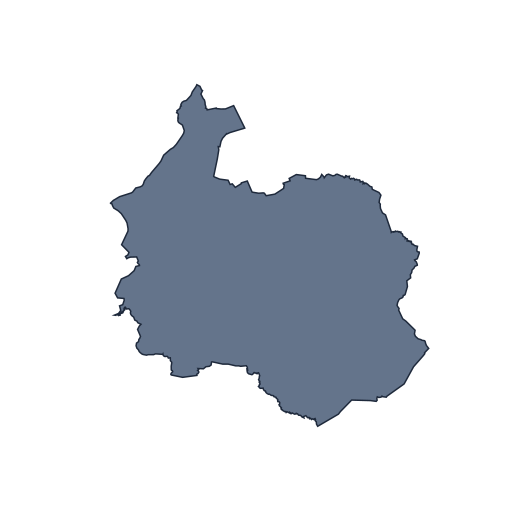 Kalsnavas pag., Madona, Latvia, rotated 158°
{"feature_id": "27541924B10280579441217", "entity_name": "Kalsnavas pag.", "entity_type": "district", "adm_level": 2, "iso_a3": "LVA", "parent_name": "Latvia", "parent_adm1": "Madona", "projection": "orthographic", "projection_center": [25.941, 56.721], "detail": "fine", "context": "isolated", "style": "filled", "palette": "slate", "viewbox_px": 512, "rotation_deg": 158, "n_neighbors": 0, "source": "geoboundaries", "source_scale": "gbopen_adm2", "svg_char_len": 6117}
<svg xmlns="http://www.w3.org/2000/svg" viewBox="0 0 512 512"><g transform="rotate(158 256 256)"><path d="M125.8,281.1L126.5,281.8L126.8,282.5L128.3,282.4L128.3,283.2L129.6,282.9L128.9,284.7L129.0,285.2L131.6,285.6L131.3,287.3L131.6,287.8L133.6,288.6L133.9,289.4L135.9,289.5L135.7,290.3L136.4,291.5L137.5,291.5L138.4,292.2L139.4,291.8L140.3,293.5L139.4,295.0L141.7,295.4L141.9,296.2L142.6,296.9L143.7,296.2L143.5,295.5L144.9,295.4L145.8,297.6L146.6,297.9L150.0,301.4L151.2,301.7L152.6,301.2L154.7,301.5L158.1,304.7L160.3,304.8L163.4,303.0L163.3,303.7L164.5,307.0L166.8,304.9L169.3,304.1L171.3,304.1L180.9,309.5L180.1,311.9L188.1,316.4L196.2,315.5L196.2,312.9L203.6,313.3L203.7,312.3L203.1,311.5L205.1,308.3L215.3,306.3L224.0,308.1L224.7,311.1L225.6,311.8L230.0,313.2L235.7,316.7L236.0,328.8L242.2,329.3L242.6,328.6L249.5,327.4L251.0,331.8L253.2,332.0L253.5,336.7L260.9,340.9L265.0,344.9L265.4,345.7L255.5,360.5L250.7,368.4L250.0,371.6L248.6,370.8L245.5,375.4L242.9,377.7L237.7,380.3L237.7,380.0L233.9,380.2L218.5,378.8L218.5,379.1L220.4,403.8L229.2,403.8L233.4,405.4L237.8,407.7L237.6,408.1L246.6,409.8L246.4,411.2L247.4,412.0L246.6,413.1L246.4,415.5L245.7,417.6L245.4,420.0L246.0,421.7L246.4,426.8L243.6,429.4L244.2,430.3L244.4,434.3L246.7,437.0L248.0,435.7L253.6,432.0L256.2,429.2L262.3,426.3L264.9,426.6L266.9,426.2L268.7,424.8L269.0,424.4L269.1,423.1L269.9,423.2L271.3,421.3L274.9,420.3L275.1,419.2L275.9,418.6L275.1,417.6L274.9,416.5L276.8,413.1L276.4,412.8L277.5,411.4L277.8,410.4L277.8,409.2L277.4,408.2L275.2,405.0L275.5,399.2L277.0,397.0L279.1,395.3L288.0,389.4L292.0,387.5L295.4,387.0L303.8,384.1L308.5,379.7L311.0,378.1L321.5,372.6L324.6,370.6L326.2,370.5L329.3,368.8L331.4,367.4L333.8,364.6L335.6,363.6L337.6,363.5L342.0,364.1L346.4,361.5L347.8,361.2L360.2,362.1L367.4,361.0L371.1,359.5L371.0,359.1L370.0,358.2L370.2,356.5L369.9,353.7L366.8,349.5L365.0,345.7L363.4,337.9L363.2,334.9L364.4,329.2L365.4,327.0L376.4,316.8L372.4,307.0L374.4,305.0L377.2,304.5L376.8,301.9L375.1,302.2L372.8,302.0L367.0,299.8L367.0,295.4L368.4,294.5L368.2,293.2L367.4,291.7L367.6,290.8L371.3,291.3L374.4,288.1L381.5,285.5L389.5,285.1L400.6,274.3L400.0,269.0L394.3,266.1L394.8,264.3L397.8,260.8L401.2,260.9L401.8,256.2L405.0,254.2L409.4,254.2L408.2,253.5L407.8,254.0L406.3,253.4L405.9,252.5L405.3,253.0L404.7,252.1L404.2,252.0L403.9,252.2L404.5,253.2L403.0,253.6L402.2,253.3L402.1,253.9L400.9,253.2L400.3,253.7L400.7,254.3L399.7,254.2L399.3,255.1L398.2,255.1L398.0,255.5L398.2,256.2L397.0,255.9L396.6,256.3L397.2,256.7L397.4,257.3L397.0,257.6L396.3,257.5L396.0,255.4L393.7,254.8L393.1,253.4L392.8,251.7L393.8,250.2L393.9,248.9L393.6,247.4L392.3,245.1L392.4,242.0L390.8,240.2L390.6,238.4L388.2,235.8L390.5,234.7L393.3,232.3L393.2,224.7L394.7,223.2L395.8,222.6L397.0,220.6L399.4,220.0L400.8,217.7L401.0,215.2L400.2,213.2L400.1,211.2L399.6,209.9L398.5,207.9L397.6,207.0L394.7,205.1L392.9,204.9L387.9,202.9L385.8,202.9L379.2,199.7L379.0,199.9L379.2,198.6L378.8,197.6L378.1,196.9L376.0,196.3L375.6,195.6L375.5,194.2L373.6,193.7L374.6,191.0L374.0,189.3L374.1,188.6L375.9,185.6L377.2,182.2L377.2,181.8L376.5,181.0L376.6,179.9L378.7,179.0L379.3,178.1L379.1,177.4L369.5,171.0L355.5,167.4L355.3,168.3L354.6,168.8L353.9,168.7L352.5,169.7L352.4,170.6L353.0,171.8L351.7,172.2L351.9,173.4L347.0,171.1L343.9,172.1L340.6,171.2L338.5,171.7L336.9,174.4L336.1,174.2L327.3,168.2L322.3,166.2L315.9,161.7L313.1,160.6L311.6,159.5L306.1,157.9L305.8,156.3L305.9,155.3L306.8,154.9L306.9,154.5L306.3,154.1L306.6,153.0L307.3,153.0L307.6,151.0L306.9,149.5L304.3,147.5L303.5,147.5L301.5,148.7L301.2,148.6L300.8,147.8L299.8,147.7L299.7,146.9L298.9,146.4L298.0,147.0L297.5,146.9L297.3,146.3L297.4,143.5L298.0,143.1L299.0,141.2L299.9,140.5L299.8,139.0L299.4,138.5L299.7,137.7L300.3,137.7L300.1,136.2L300.4,135.6L301.0,135.5L301.5,134.7L302.6,134.1L302.2,133.3L302.1,132.4L301.4,131.6L298.9,130.8L299.1,129.9L298.9,128.4L298.6,127.8L297.8,127.3L297.9,125.7L297.2,124.3L296.2,123.1L295.2,122.8L294.1,121.1L292.3,120.1L292.0,119.7L292.1,118.9L290.3,117.4L290.5,116.5L289.6,115.0L289.7,114.2L290.2,113.7L290.3,112.8L289.1,112.1L288.9,111.3L289.6,109.7L290.3,109.6L290.4,108.2L289.8,107.4L289.7,106.5L289.3,105.8L290.1,104.9L289.8,104.4L289.8,103.9L289.3,103.7L288.9,102.5L287.6,100.9L286.8,100.7L286.7,99.6L285.6,100.0L284.3,98.5L283.6,98.6L283.8,98.0L283.1,97.1L282.7,97.5L282.2,96.6L281.2,96.9L279.6,95.0L279.0,94.7L277.7,95.1L277.4,94.3L276.6,94.2L276.2,92.5L274.3,91.5L273.7,89.6L272.2,88.0L272.1,88.8L272.3,89.3L269.6,89.3L268.8,87.0L268.4,86.5L267.3,86.5L266.8,85.7L267.2,85.6L267.3,85.0L266.1,84.9L265.8,83.6L264.5,83.8L263.6,82.7L263.0,83.2L262.1,83.2L262.1,82.0L262.7,81.6L262.7,80.8L262.2,79.8L262.9,77.4L262.6,75.0L238.8,78.5L236.1,80.1L221.3,86.6L204.1,79.1L199.0,76.2L197.7,76.9L197.4,78.6L196.3,80.0L195.1,78.8L192.9,78.3L191.7,78.9L191.4,78.2L188.1,76.3L187.0,77.0L166.6,81.9L151.4,94.3L138.1,101.0L136.1,102.2L136.0,103.1L130.5,105.6L131.5,109.1L131.5,111.3L131.2,113.3L131.4,114.3L133.8,115.8L134.4,116.7L136.7,118.5L138.3,121.9L138.3,124.4L136.3,127.6L141.5,139.6L143.5,142.8L144.0,152.3L143.0,153.8L143.6,156.1L143.7,157.4L142.1,159.8L140.1,161.7L138.9,162.4L136.1,162.5L135.0,163.0L134.2,164.3L132.8,164.1L132.1,164.5L127.0,171.0L125.5,176.5L120.8,177.8L119.9,180.9L117.9,182.3L116.5,184.6L114.2,185.5L112.6,186.9L109.9,187.0L109.6,188.0L109.6,190.5L110.5,192.4L110.5,193.0L107.5,193.0L103.7,197.3L103.2,198.5L104.7,199.5L104.9,200.1L104.6,201.5L102.6,204.5L105.0,206.2L105.7,207.5L106.4,208.0L106.2,208.3L107.0,208.7L106.9,209.8L107.2,210.3L106.6,210.7L106.8,211.8L108.1,211.9L108.3,212.6L109.4,212.6L109.5,213.0L109.3,213.3L110.2,213.5L109.9,213.9L109.4,215.4L110.1,215.7L110.6,216.8L110.9,216.6L110.7,217.2L112.3,219.5L112.0,221.5L113.1,223.3L112.7,223.9L113.7,224.3L113.7,224.7L114.9,224.9L114.9,225.4L115.8,225.8L115.8,226.0L117.1,226.2L117.5,226.9L118.1,226.5L119.5,227.1L119.6,226.7L121.1,227.6L121.7,227.3L121.4,228.8L120.5,245.6L122.6,248.6L122.8,253.4L121.9,256.4L121.3,257.5L121.8,259.5L120.1,262.4L117.4,265.6L118.2,268.8L123.2,274.2L122.7,276.6L124.3,278.0L125.8,281.1Z" fill="#64748b" stroke="#1e293b" stroke-width="1.5"/></g></svg>